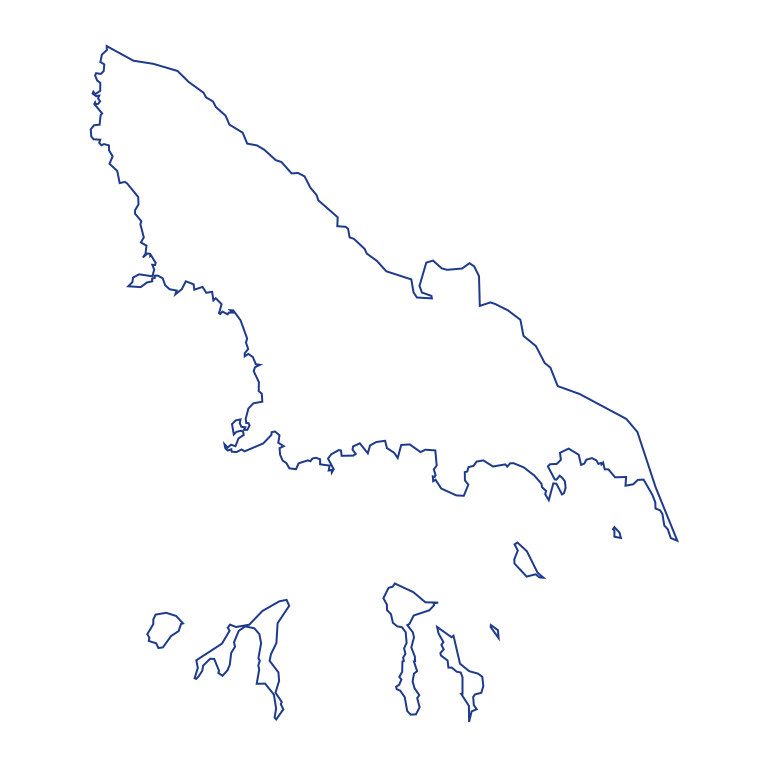 Nioumachioi, Moûhîlî, Comoros
{"feature_id": "10938185B46959303700006", "entity_name": "Nioumachioi", "entity_type": "district", "adm_level": 2, "iso_a3": "COM", "parent_name": "Comoros", "parent_adm1": "Moûhîlî", "projection": "robinson", "projection_center": [43.69, -12.344], "detail": "fine", "context": "isolated", "style": "outline", "palette": "blue", "viewbox_px": 768, "rotation_deg": 0, "n_neighbors": 0, "source": "geoboundaries", "source_scale": "gbopen_adm2", "svg_char_len": 6091}
<svg xmlns="http://www.w3.org/2000/svg" viewBox="0 0 768 768"><path d="M550.4,367.6L544.7,363.0L535.9,346.1L523.5,335.9L520.4,319.8L508.0,310.4L495.2,304.0L490.4,302.4L479.8,305.9L479.0,276.2L474.2,266.4L469.5,263.2L462.1,268.5L447.2,269.8L441.8,268.4L433.0,260.6L426.3,262.6L419.5,285.8L421.9,292.5L431.4,295.9L431.9,298.4L416.9,297.5L413.6,292.5L411.3,279.4L386.3,271.3L376.9,260.9L366.7,253.5L364.7,249.0L353.9,238.8L349.6,237.4L348.1,228.8L345.6,226.8L337.3,226.2L337.7,217.3L318.3,200.3L316.6,195.1L310.3,187.6L304.6,176.4L298.1,173.0L291.6,173.4L281.4,162.0L275.8,160.2L264.1,149.6L256.9,145.4L247.2,143.6L242.7,132.7L229.4,124.6L225.6,115.7L215.9,107.1L213.0,101.5L206.0,97.3L203.6,92.8L188.5,81.8L177.6,71.0L153.2,63.8L133.4,60.7L106.7,46.1L106.9,50.0L101.9,54.6L100.4,62.0L104.3,64.4L103.7,71.1L100.9,73.9L96.1,73.2L95.1,75.5L97.1,80.4L100.3,82.9L100.2,90.9L95.2,94.2L93.4,91.7L92.6,93.6L96.2,96.2L99.2,95.6L98.1,98.4L100.1,101.4L98.2,103.8L95.8,104.3L95.1,102.4L94.3,104.0L102.1,113.4L100.6,115.3L99.6,124.7L94.1,125.2L90.7,129.3L91.3,136.6L93.6,139.3L100.2,139.7L99.2,142.8L101.4,145.2L104.0,144.1L108.9,145.4L109.1,150.5L112.6,156.3L109.5,163.8L117.2,170.9L119.7,183.1L124.8,181.9L127.0,183.3L138.2,197.0L138.5,204.4L135.1,210.1L135.0,213.6L141.3,221.2L140.4,224.3L143.8,237.4L140.9,242.4L146.5,245.7L145.5,253.8L142.9,257.4L147.4,253.5L150.1,253.8L150.2,256.1L151.1,255.4L155.7,262.9L155.1,265.0L152.3,264.8L154.2,269.5L152.4,276.3L139.0,274.3L133.0,277.6L132.4,282.1L128.3,286.3L140.7,287.1L147.0,282.5L152.2,281.3L152.1,278.7L154.8,277.9L154.8,275.7L157.8,275.6L162.7,278.3L165.2,285.3L169.7,289.3L176.6,290.5L175.4,294.3L181.8,289.2L185.8,281.3L193.6,284.3L194.3,289.7L202.5,286.9L206.3,292.8L212.1,291.8L213.4,300.4L215.7,298.2L221.6,304.2L219.0,313.3L220.3,314.0L222.4,311.6L227.6,314.3L228.8,312.6L232.4,312.6L230.2,310.2L233.3,310.4L240.6,320.4L247.1,338.5L246.0,342.6L248.2,349.0L244.7,353.3L244.7,356.3L248.3,353.9L252.9,357.1L255.8,364.2L259.9,364.8L255.0,367.3L253.7,371.1L258.9,382.2L258.7,391.1L261.8,393.7L262.3,401.7L253.4,403.3L248.4,408.5L245.7,418.8L246.2,423.0L248.5,423.2L249.6,425.4L247.3,429.9L243.9,429.9L245.3,427.3L241.3,426.8L239.8,423.1L240.5,419.4L235.7,420.4L232.0,424.1L233.8,434.5L236.3,431.9L241.1,430.7L243.2,432.0L243.7,435.0L238.5,438.4L235.5,446.2L231.0,444.7L227.7,447.6L224.5,444.2L225.3,448.2L227.7,450.5L231.3,449.3L231.7,451.7L236.4,452.1L241.6,449.5L244.7,451.3L263.3,443.4L271.4,434.9L271.6,432.2L275.0,431.5L279.5,435.3L278.3,442.7L283.7,446.2L279.6,448.1L280.1,454.7L282.6,460.5L286.4,463.1L289.3,468.3L296.0,469.2L298.6,463.3L307.8,460.4L310.4,461.2L312.5,458.5L316.1,457.8L320.1,459.3L320.1,464.3L329.6,465.6L328.7,470.5L331.5,469.9L331.8,472.5L333.7,469.2L328.0,458.6L331.2,454.3L338.7,450.1L341.0,450.5L341.6,455.8L353.4,455.6L355.8,453.9L352.6,449.8L353.0,446.5L359.8,443.3L367.8,453.3L370.0,445.5L376.3,442.0L385.1,440.8L387.0,448.1L394.2,452.8L397.7,458.0L401.2,445.0L409.7,444.4L420.6,452.1L425.3,449.7L435.3,450.4L436.7,465.5L433.8,469.4L435.6,475.2L434.7,476.9L432.8,476.4L433.2,481.2L435.6,479.8L441.2,488.5L456.3,495.4L463.8,495.8L468.3,484.7L464.9,480.3L464.8,472.1L467.3,471.5L468.5,467.1L473.5,465.9L476.6,461.6L483.3,460.4L493.0,466.5L505.3,464.4L507.2,466.6L510.2,463.3L513.5,463.2L523.8,467.4L534.4,475.6L541.5,483.8L542.0,487.1L546.1,491.0L545.2,494.2L548.8,500.2L553.3,483.4L556.4,483.7L562.0,494.4L564.0,493.1L565.6,487.9L564.9,481.4L562.5,478.1L559.7,475.7L556.4,479.7L554.7,479.4L547.9,466.4L549.8,464.3L556.8,463.9L560.9,459.8L560.0,452.8L568.6,448.6L578.7,454.7L581.1,464.9L584.3,463.6L586.3,459.7L592.0,458.1L596.4,460.4L598.4,463.9L600.9,463.0L601.4,464.5L603.1,462.5L604.7,469.3L608.4,469.4L615.1,477.3L626.1,477.0L625.5,485.7L633.2,484.3L637.8,479.9L643.6,479.6L652.3,494.7L655.3,502.3L655.5,508.5L660.2,510.4L662.4,513.9L664.3,525.5L667.8,529.3L670.8,538.1L677.3,540.7L655.6,487.2L637.4,432.0L626.4,419.0L579.6,394.0L557.7,386.1L550.4,367.6ZM286.6,599.9L279.4,601.3L262.5,610.9L249.2,624.7L236.0,627.0L230.0,624.6L227.8,627.7L229.6,630.7L222.0,643.6L196.3,660.3L197.8,667.9L194.6,678.2L196.2,678.9L198.6,676.4L202.2,670.9L203.2,665.6L210.1,658.8L214.2,658.9L219.0,670.7L218.4,673.0L222.5,675.8L227.5,670.3L229.8,664.8L231.2,652.9L235.0,646.7L234.0,642.4L238.7,630.9L245.2,626.4L254.4,628.3L259.4,634.2L261.1,643.3L258.4,658.2L259.8,660.7L258.3,665.4L259.2,669.5L256.7,683.8L265.1,683.6L273.9,694.6L276.1,708.5L274.6,717.6L276.2,719.4L283.3,709.4L280.8,704.1L281.8,702.0L275.5,692.7L279.1,680.8L278.4,672.3L269.6,660.8L271.0,654.1L276.4,643.0L277.6,623.2L289.2,605.8L286.6,599.9ZM413.4,592.2L394.8,583.5L392.7,586.7L388.6,587.8L383.4,598.2L386.9,604.6L387.0,610.1L391.0,614.2L392.9,622.8L397.3,626.4L401.9,627.2L405.7,632.2L406.6,642.9L404.1,648.3L405.4,653.8L403.1,657.7L403.8,661.0L402.4,661.5L402.2,671.8L399.3,676.9L401.4,679.6L399.2,684.8L396.1,686.7L396.7,689.2L400.2,690.6L404.7,697.1L407.2,711.0L410.7,714.6L415.9,714.4L419.6,707.3L417.2,698.1L419.3,695.2L414.5,688.2L412.6,681.4L414.0,673.6L417.1,671.2L413.9,661.4L415.1,661.1L414.8,656.4L411.3,647.5L414.0,637.3L412.8,632.3L407.3,625.1L409.4,624.0L413.7,615.5L429.3,610.3L434.1,605.2L433.6,603.4L438.2,602.6L425.4,602.3L413.4,592.2ZM451.5,637.2L437.1,626.9L438.5,633.4L443.4,642.1L441.4,644.8L443.7,649.4L440.4,653.0L440.9,655.5L447.6,660.5L448.4,667.6L451.8,667.6L456.7,671.7L460.7,672.5L462.5,677.2L462.5,693.8L461.2,693.9L468.9,705.9L469.1,721.9L471.6,711.4L476.7,709.2L473.8,705.1L473.2,696.9L474.9,694.5L481.3,692.8L483.3,686.1L482.3,676.8L478.0,673.6L469.2,671.2L460.0,663.7L453.5,635.7L451.5,637.2ZM176.2,616.0L166.2,612.8L155.6,614.6L153.3,619.5L153.3,624.1L147.3,634.2L149.4,637.8L148.8,641.0L156.2,643.3L158.4,648.0L162.9,647.4L171.0,636.1L178.6,631.1L181.1,623.9L183.0,623.4L176.2,616.0ZM526.9,551.3L517.5,542.6L514.6,544.3L517.8,550.6L514.3,559.3L514.5,563.6L526.7,576.6L535.6,574.3L539.5,577.4L543.4,577.7L537.5,572.6L526.9,551.3ZM614.4,527.1L613.0,529.2L614.4,530.4L614.4,536.7L620.9,538.0L619.5,532.6L614.4,527.1ZM497.9,630.1L490.9,625.1L490.7,627.1L498.6,638.1L497.9,630.1Z" fill="none" stroke="#1e3a8a" stroke-width="2"/></svg>